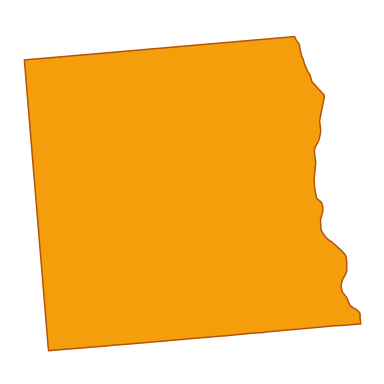 Houston, Minnesota, United States of America, rotated 355°
{"feature_id": "52423323B5787243339085", "entity_name": "Houston", "entity_type": "district", "adm_level": 2, "iso_a3": "USA", "parent_name": "United States of America", "parent_adm1": "Minnesota", "projection": "albers", "projection_center": [-91.368, 43.674], "detail": "fine", "context": "isolated", "style": "filled", "palette": "amber", "viewbox_px": 384, "rotation_deg": 355, "n_neighbors": 0, "source": "geoboundaries", "source_scale": "gbopen_adm2", "svg_char_len": 1215}
<svg xmlns="http://www.w3.org/2000/svg" viewBox="0 0 384 384"><g transform="rotate(355 192 192)"><path d="M323.9,148.4L325.0,144.9L325.6,141.8L325.3,132.2L332.2,108.5L332.1,107.1L326.6,99.8L321.0,92.4L319.7,85.5L317.9,82.3L315.1,74.2L314.5,70.1L312.8,64.8L311.6,54.0L309.0,49.8L307.7,46.1L36.5,45.8L35.2,334.5L35.4,337.6L53.4,337.7L71.6,337.8L79.2,337.8L83.5,337.9L87.5,337.9L90.6,337.9L93.2,338.0L93.9,338.0L94.0,337.9L99.3,337.8L102.2,337.8L104.3,337.8L104.6,337.8L105.6,337.9L108.3,337.9L120.4,338.0L144.9,338.0L150.9,338.1L155.4,338.0L181.5,338.0L197.4,338.1L199.7,338.0L209.1,338.1L211.6,338.2L238.8,337.9L251.3,338.2L254.5,337.8L255.9,337.9L321.7,337.7L330.9,338.1L348.6,338.1L348.5,331.7L348.8,328.0L348.2,326.4L345.6,323.5L341.1,320.3L339.3,318.3L336.9,310.8L333.0,304.6L332.4,300.1L332.6,297.2L333.0,295.8L334.5,292.2L338.3,286.5L339.3,283.9L340.1,274.8L339.8,269.6L339.3,268.2L338.2,266.5L335.4,262.9L327.0,254.0L323.7,251.4L321.7,249.1L319.5,245.9L317.3,241.4L317.5,231.3L320.7,222.1L321.1,219.1L320.3,214.1L319.5,212.9L316.0,209.6L315.4,208.0L314.5,198.2L314.8,189.8L317.8,173.7L317.4,161.8L318.5,158.3L321.7,153.6L323.3,150.3L323.9,148.4Z" fill="#f59e0b" stroke="#b45309" stroke-width="1.5"/></g></svg>